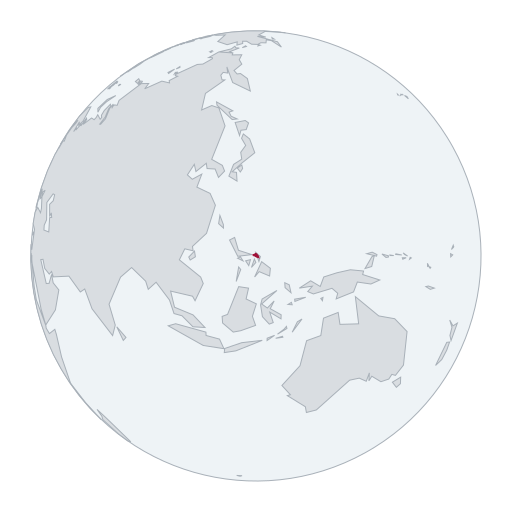 the Earth from above Samar, rotated 331°
{"feature_id": "PHL-2584", "entity_name": "Samar", "entity_type": "Province", "adm_level": 1, "iso_a3": "PHL", "parent_name": "Philippines", "parent_adm1": "", "projection": "orthographic", "projection_center": [124.838, 11.713], "detail": "fine", "context": "on_globe", "style": "filled", "palette": "rose", "viewbox_px": 512, "rotation_deg": 331, "n_neighbors": 0, "source": "natural_earth", "source_scale": "10m", "svg_char_len": 9950}
<svg xmlns="http://www.w3.org/2000/svg" viewBox="0 0 512 512"><g transform="rotate(331 256 256)"><circle cx="256" cy="256" r="225" fill="#eef3f6" stroke="#a8b0b8"/><path d="M433.7,342.2L433.5,343.7L433.2,343.9L433.7,342.2ZM386.2,72.2L372.8,64.0L365.6,64.0L370.7,69.3L363.7,64.6L378.6,79.0L379.5,85.6L373.9,75.1L369.8,71.9L368.1,74.4L363.5,71.8L360.1,71.8L354.8,68.6L351.9,63.6L348.4,61.7L347.4,63.7L341.5,62.3L343.4,59.6L333.2,57.2L326.6,49.9L336.2,47.7L328.0,43.6L326.5,42.0L342.3,47.9L357.5,54.9L372.2,63.0L386.2,72.2ZM465.5,192.4L463.7,187.6L465.3,189.6L465.5,192.4ZM462.1,185.4L462.9,186.8L462.2,185.8L462.1,185.4ZM461.3,185.1L461.9,185.3L461.5,185.6L461.3,185.1ZM460.5,185.4L460.9,185.0L460.9,185.3L460.5,185.4ZM458.6,184.3L458.0,183.8L458.2,183.0L458.6,184.3ZM386.0,72.3L384.4,71.1L390.0,75.0L389.2,74.4L386.0,72.3ZM375.5,74.1L375.8,72.7L377.1,75.1L375.5,74.1ZM360.6,72.3L361.9,73.7L359.5,73.2L360.6,72.3ZM349.2,68.1L345.0,67.1L348.8,67.1L349.2,68.1ZM342.2,66.0L332.1,64.5L334.2,67.2L322.4,59.5L334.9,62.9L339.3,62.3L339.2,64.1L342.2,66.0ZM326.0,41.9L324.3,41.5L319.7,39.9L320.2,40.5L312.0,38.1L309.9,37.4L312.7,38.0L307.4,36.7L308.8,37.0L326.0,41.9ZM317.5,55.8L314.6,55.0L317.1,55.0L317.5,55.8ZM324.3,41.9L322.2,41.7L315.0,39.6L313.2,39.4L311.7,38.1L324.3,41.9ZM307.3,36.6L306.4,36.5L304.8,36.1L307.3,36.6ZM294.7,34.1L294.9,34.1L291.7,33.6L292.9,33.8L294.7,34.1ZM306.7,36.9L304.2,36.3L307.0,37.3L301.7,36.2L301.7,35.7L299.5,35.5L297.9,35.2L299.6,35.2L306.7,36.9ZM291.2,33.5L289.2,33.3L287.6,32.9L291.2,33.5ZM295.2,34.3L291.5,33.7L293.5,33.9L297.2,34.6L295.2,34.3ZM298.2,35.8L306.3,37.6L306.0,37.7L298.2,35.8ZM286.8,33.0L287.3,33.1L286.1,32.9L286.8,33.0ZM294.2,34.7L297.1,35.3L296.8,35.4L294.2,34.7ZM285.9,33.2L285.3,32.9L287.8,33.2L285.9,33.2ZM289.4,33.8L288.2,33.8L289.1,33.5L290.8,34.0L289.4,33.8ZM293.4,34.7L294.1,35.0L292.2,34.5L293.4,34.7ZM276.7,32.4L277.3,31.9L282.8,32.5L281.5,32.8L276.7,32.4ZM64.9,136.6L63.7,138.8L62.9,141.8L75.3,125.2L76.7,119.7L84.1,110.5L88.7,107.6L88.5,113.7L91.4,110.4L97.5,100.4L103.5,96.3L100.3,96.7L97.1,100.6L95.0,101.2L97.8,97.8L99.8,96.3L101.6,93.5L91.4,102.6L87.1,107.5L87.5,106.4L100.8,92.7L115.1,80.2L130.5,68.9L129.5,69.6L131.0,68.8L137.9,64.5L135.5,66.3L142.9,61.9L144.0,62.6L148.9,58.4L157.1,54.4L162.5,52.7L166.1,50.9L157.4,53.8L153.1,55.8L148.0,58.5L139.1,63.4L154.0,55.1L169.6,48.0L181.2,44.7L183.8,45.5L170.1,54.2L164.5,55.6L166.7,53.0L156.8,58.8L161.4,56.6L159.4,58.5L166.8,56.0L165.8,57.3L174.6,53.2L174.2,54.5L168.6,57.1L179.1,55.6L180.5,58.3L183.4,57.4L186.1,55.7L186.0,60.8L188.2,60.0L189.0,58.0L193.8,55.2L202.2,52.7L201.8,54.5L198.6,55.7L191.4,61.4L183.2,64.9L183.9,65.5L190.9,63.0L199.7,55.9L204.9,53.9L201.5,57.0L203.2,55.7L205.6,55.3L207.6,56.9L211.7,53.5L239.2,49.6L245.8,53.1L239.7,55.8L258.4,57.4L264.3,62.7L265.1,60.5L274.6,60.8L272.8,59.1L273.9,58.2L297.5,60.0L302.6,62.4L313.6,62.3L314.0,61.4L310.8,59.5L322.4,59.5L334.2,67.2L332.7,68.6L341.1,73.1L336.5,76.2L336.6,81.3L326.7,83.1L327.7,87.6L330.9,88.9L334.5,96.6L331.0,109.0L319.7,93.0L322.2,76.5L320.0,82.3L316.3,79.5L312.9,80.8L311.7,85.5L314.1,86.9L290.6,89.3L279.2,101.9L290.3,103.0L295.3,108.5L292.0,127.2L264.1,150.0L270.5,160.4L269.7,166.5L261.3,169.1L262.4,160.1L255.6,155.8L257.5,150.8L244.4,153.0L246.5,145.9L235.3,151.8L237.5,158.0L248.3,158.1L237.7,167.1L246.2,179.0L245.1,191.9L223.7,212.2L205.1,216.8L203.5,220.9L197.2,215.2L187.1,222.2L197.4,247.6L196.5,254.5L181.0,265.6L181.0,260.4L164.3,245.3L159.9,261.3L172.4,277.0L176.7,293.8L166.5,287.3L162.3,272.4L156.4,266.6L159.0,252.5L155.9,230.5L145.6,232.9L147.3,224.5L141.6,205.8L127.3,208.8L104.1,226.9L99.4,248.2L92.0,256.1L87.0,222.7L90.2,201.8L84.9,202.3L82.6,182.9L68.6,176.0L69.7,170.4L66.4,171.6L65.2,164.5L68.1,155.6L66.0,154.8L59.2,178.4L61.8,179.6L68.3,173.0L65.6,181.1L67.1,190.1L54.4,205.9L38.7,214.4L42.3,198.3L57.2,152.1L59.6,147.9L59.9,147.4L60.4,146.5L56.5,153.0L60.8,144.5L47.3,174.9L42.7,187.6L38.4,215.3L37.5,217.3L37.7,223.7L44.5,222.6L43.4,227.8L37.0,250.0L32.1,277.5L35.8,301.6L40.5,321.2L41.3,324.1L36.9,308.5L33.7,292.5L31.6,276.4L30.8,260.2L31.0,243.9L32.5,227.8L35.1,211.7L38.9,195.9L43.8,180.4L49.8,165.3L56.8,150.7L64.9,136.6ZM83.1,130.5L86.4,134.5L94.1,122.4L96.0,123.2L97.9,119.0L94.6,121.5L100.6,110.7L105.4,109.4L109.6,104.8L108.7,103.3L99.0,107.8L90.4,122.8L85.7,126.4L83.1,130.5ZM269.0,31.1L270.5,31.2L263.6,30.9L264.6,31.0L258.8,31.2L250.0,31.2L251.8,31.4L247.4,32.0L239.9,32.4L243.9,31.7L232.8,32.9L233.9,32.3L232.5,32.5L230.5,32.4L225.7,32.8L227.3,32.6L224.7,32.9L224.2,33.0L246.6,30.9L269.0,31.1ZM283.3,32.4L285.7,32.7L282.9,32.4L281.8,32.3L280.2,32.0L280.6,32.2L276.8,31.9L276.1,32.0L272.8,31.7L274.9,32.4L264.1,31.8L259.4,31.4L271.5,31.4L275.5,31.6L283.3,32.4ZM207.0,38.1L210.1,37.1L211.1,37.1L219.1,35.6L219.0,36.3L214.0,37.5L207.0,38.1ZM73.0,127.2L70.6,129.6L71.9,127.5L72.4,127.0L73.0,127.2ZM208.2,38.6L211.5,37.8L209.3,38.7L208.2,38.6ZM219.2,36.8L217.4,37.7L219.9,36.2L219.2,36.8ZM132.7,438.5L137.3,441.4L135.3,440.9L132.7,438.5ZM46.7,325.8L56.4,357.8L54.4,355.8L49.5,345.0L42.7,324.9L43.5,321.4L42.6,313.1L46.7,325.8ZM233.3,337.5L240.3,339.1L240.1,340.1L233.3,337.5ZM225.9,333.3L233.8,334.4L224.7,335.3L225.9,333.3ZM236.9,334.8L245.0,333.6L248.5,332.3L247.9,334.4L236.9,334.8ZM220.6,332.8L192.4,329.2L181.4,325.1L183.8,321.7L201.5,324.9L220.6,332.8ZM183.0,321.5L166.5,308.7L145.4,274.5L152.9,276.3L175.3,298.3L173.8,301.3L183.8,311.0L183.0,321.5ZM223.6,307.0L222.0,316.5L206.3,313.9L199.2,311.5L194.3,298.4L197.1,292.4L202.8,293.3L226.0,274.4L233.9,280.5L226.5,288.8L233.1,298.0L223.6,307.0ZM99.9,250.4L102.8,264.2L99.0,265.5L99.9,250.4ZM236.1,260.4L226.3,268.7L235.5,257.2L236.1,260.4ZM242.0,249.2L242.3,254.0L238.8,249.0L242.0,249.2ZM202.6,227.3L196.5,227.6L196.7,224.3L204.6,221.9L202.6,227.3ZM244.1,203.0L242.7,212.6L241.1,215.8L239.0,209.6L244.1,203.0ZM211.2,47.7L200.2,48.6L192.1,50.6L187.4,53.6L189.3,50.2L201.8,47.0L211.2,47.7ZM235.8,48.9L239.9,47.0L241.3,48.1L240.6,48.7L235.8,48.9ZM236.0,47.6L235.1,44.9L239.4,44.1L239.3,46.3L236.0,47.6ZM221.1,40.4L217.9,40.5L219.7,39.7L221.1,40.4ZM381.0,424.0L383.6,425.1L377.2,430.8L368.3,436.6L360.0,438.8L381.0,424.0ZM315.1,438.9L314.1,432.5L323.8,432.1L320.4,437.7L315.1,438.9ZM387.1,419.5L392.8,413.4L394.4,405.9L394.4,412.6L399.6,412.3L385.6,424.5L387.1,419.5ZM277.7,410.0L234.1,419.9L224.2,417.3L226.1,411.8L215.7,393.3L218.8,394.0L215.9,381.8L241.3,373.3L259.2,354.6L274.1,357.0L284.9,343.1L300.5,345.2L296.3,356.5L312.9,365.1L323.2,339.7L334.3,367.9L346.9,378.1L351.5,395.3L332.1,422.9L320.1,428.0L317.4,425.4L312.5,428.0L304.3,426.5L299.0,417.3L294.2,419.9L298.5,413.2L291.7,419.0L287.1,412.9L277.7,410.0ZM389.7,365.1L392.2,365.8L396.4,370.5L392.3,369.7L389.7,365.1ZM427.3,348.3L428.6,350.4L425.9,351.2L427.3,348.3ZM433.2,343.9L430.1,345.1L433.7,342.2L433.2,343.9ZM402.0,348.9L403.4,350.6L402.3,351.2L402.0,348.9ZM401.0,348.3L402.4,345.5L402.3,348.3L401.0,348.3ZM388.7,333.3L390.2,331.9L390.9,333.0L388.7,333.3ZM250.7,340.2L260.3,333.6L265.7,333.4L250.7,340.2ZM386.5,330.3L382.8,330.0L383.1,328.5L386.5,330.3ZM386.7,326.8L386.2,324.6L388.6,329.6L386.7,326.8ZM379.4,321.9L384.0,325.8L378.9,322.4L379.4,321.9ZM376.7,322.4L373.4,320.6L373.6,320.0L376.7,322.4ZM340.3,323.9L352.6,337.0L342.9,336.2L332.0,327.9L323.9,334.7L305.3,332.4L309.4,328.2L306.8,321.1L287.8,317.0L284.0,312.2L290.7,309.7L278.3,305.1L291.8,304.2L297.4,313.8L305.1,307.2L318.6,309.9L331.9,313.8L342.8,321.3L340.3,323.9ZM292.1,324.5L294.5,324.7L292.4,327.3L292.1,324.5ZM367.1,315.3L371.9,320.0L371.3,321.1L369.0,320.3L367.1,315.3ZM345.3,319.8L357.0,312.8L359.7,313.0L352.1,321.3L345.3,319.8ZM354.0,307.7L359.5,309.0L362.5,313.4L361.4,314.6L354.0,307.7ZM264.5,313.7L264.0,316.2L260.5,313.9L264.5,313.7ZM268.9,312.5L279.5,316.2L268.0,314.6L268.9,312.5ZM237.7,300.7L240.7,307.0L250.1,304.1L242.9,309.0L249.5,319.6L247.4,323.1L240.8,311.7L238.8,322.6L234.6,322.0L232.2,312.2L236.3,301.0L240.5,296.6L257.6,296.3L237.7,300.7ZM268.8,305.1L266.1,297.8L268.2,293.3L271.1,297.3L268.8,305.1ZM258.2,280.1L251.2,271.2L244.6,273.7L258.2,263.7L262.6,273.7L258.2,280.1ZM252.7,261.6L246.5,263.8L253.1,257.9L252.7,261.6ZM245.0,260.9L244.6,255.2L249.4,256.5L245.0,260.9ZM255.9,262.2L257.5,252.8L259.6,258.6L255.9,262.2ZM243.4,242.5L253.1,252.8L239.9,247.4L240.6,229.2L246.3,229.4L243.4,242.5ZM283.0,174.9L282.3,170.0L287.7,169.5L286.7,173.0L283.0,174.9ZM305.0,165.1L289.0,167.8L276.0,170.8L279.5,173.4L275.7,181.3L271.0,173.0L280.8,165.0L290.5,164.4L292.9,157.9L300.6,154.3L300.4,146.1L304.1,143.1L307.2,150.5L305.0,165.1ZM300.0,142.7L302.5,129.1L312.3,132.3L314.0,136.0L308.7,140.7L303.8,138.7L300.0,142.7ZM306.0,127.0L301.3,125.1L295.0,105.3L296.2,102.1L306.1,117.8L302.2,117.1L302.0,121.7L306.0,127.0ZM315.0,56.0L314.6,55.1L316.7,56.2L315.0,56.0ZM272.7,57.3L274.5,56.3L276.9,57.3L272.7,57.3ZM280.9,54.2L276.9,53.7L281.3,53.4L280.9,54.2ZM268.0,52.8L275.4,53.1L268.0,54.0L268.0,52.8Z" fill="#d9dde1" stroke="#a8b0b8" stroke-width="1"/><path d="M257.6,258.4L257.4,258.1L257.4,257.9L257.1,257.7L256.8,257.7L256.6,257.7L256.6,257.2L256.4,257.0L256.3,256.9L256.2,257.0L256.1,256.9L256.1,256.7L256.3,256.6L256.2,256.6L256.4,256.6L256.5,256.5L256.6,256.4L256.6,256.2L256.8,255.9L256.8,256.0L256.8,255.9L256.7,255.8L256.4,255.9L256.2,255.8L256.0,255.5L255.8,255.4L256.0,255.3L255.9,255.2L255.8,255.3L255.7,255.3L255.7,255.2L255.4,254.8L255.2,254.7L254.9,254.6L254.7,254.5L254.5,254.3L254.4,254.2L254.2,253.7L254.4,253.7L254.5,253.7L255.3,253.9L255.4,254.0L255.5,253.9L255.8,253.9L255.9,254.0L256.0,254.0L256.1,253.9L256.3,253.9L256.6,253.9L256.8,253.9L256.9,253.7L257.0,253.7L257.2,253.9L257.2,254.1L257.0,254.4L257.0,254.5L257.1,254.9L257.4,254.8L257.5,254.9L257.6,255.0L257.7,256.6L257.9,257.0L258.0,257.2L258.0,257.3L257.9,257.4L257.7,257.8L257.7,258.0L257.6,258.4ZM255.9,256.3L256.0,256.4L256.1,256.5L255.9,256.6L255.8,256.4L255.8,256.5L255.8,256.4L255.7,256.3L255.6,256.2L255.8,256.1L255.9,256.3L255.9,256.3ZM253.6,254.5L253.4,254.7L253.5,254.6L253.6,254.5Z" fill="#f43f5e" stroke="#9f1239" stroke-width="1.5"/></g></svg>